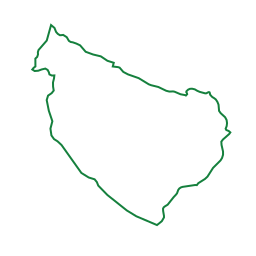 map outline of Guidimaka (Albers equal-area conic projection), rotated 277°
{"feature_id": "MRT-2790", "entity_name": "Guidimaka", "entity_type": "Region", "adm_level": 1, "iso_a3": "MRT", "parent_name": "Mauritania", "parent_adm1": "", "projection": "albers", "projection_center": [-12.01, 15.395], "detail": "fine", "context": "isolated", "style": "outline", "palette": "green", "viewbox_px": 256, "rotation_deg": 277, "n_neighbors": 0, "source": "natural_earth", "source_scale": "10m", "svg_char_len": 1787}
<svg xmlns="http://www.w3.org/2000/svg" viewBox="0 0 256 256"><g transform="rotate(277 128 128)"><path d="M43.6,174.6L39.6,172.9L35.2,168.6L41.4,147.0L46.0,136.9L59.0,115.7L67.2,105.5L70.5,103.7L73.0,101.1L74.1,95.0L77.7,87.2L103.0,64.1L106.2,59.7L108.0,55.9L111.3,52.9L117.9,51.1L125.5,52.1L135.5,47.3L145.8,43.9L150.4,44.7L153.3,48.0L156.1,49.7L159.9,48.6L164.0,48.0L168.1,48.5L171.2,48.5L170.8,46.0L171.6,43.5L173.6,42.7L175.8,41.2L176.9,38.7L175.6,35.2L173.9,31.9L173.2,28.4L174.4,25.9L176.2,27.0L177.8,28.6L185.6,27.6L187.5,29.2L190.1,29.7L192.3,29.3L194.5,29.7L204.9,36.7L220.8,39.1L218.4,42.8L214.6,44.9L212.9,46.8L211.8,49.1L212.1,50.9L212.5,52.3L210.7,56.1L207.3,58.7L206.4,60.6L206.3,62.8L205.5,66.5L204.2,70.4L198.5,76.7L196.7,84.4L195.8,92.3L192.2,99.4L191.0,105.9L187.2,105.4L187.2,110.7L186.9,112.3L183.1,116.5L181.2,121.5L178.8,132.5L173.9,143.3L173.3,145.7L172.4,153.1L169.6,161.4L169.2,164.6L169.4,166.0L169.8,168.2L169.7,169.8L167.9,176.0L167.6,180.7L167.3,181.5L168.8,182.6L169.8,182.2L170.6,181.5L171.5,181.5L173.3,182.9L174.4,184.6L174.8,186.8L174.5,189.6L173.4,192.1L172.6,194.8L171.8,200.4L171.9,201.3L172.4,202.1L173.4,203.5L173.4,204.5L172.6,205.0L171.5,205.3L170.9,205.6L170.4,206.3L169.6,207.1L168.9,208.1L168.3,209.5L167.1,211.6L164.9,213.5L162.2,215.0L156.1,216.3L154.0,218.2L150.5,223.1L147.9,224.9L144.9,225.7L141.9,225.7L139.2,225.0L138.0,225.8L137.3,228.3L136.1,230.1L134.4,229.2L128.1,223.6L125.8,222.3L122.6,222.9L116.2,225.2L113.0,225.6L109.7,225.0L107.1,223.8L98.8,217.3L89.4,212.8L86.8,210.6L81.8,204.5L79.7,203.3L79.6,201.6L76.2,189.3L75.5,187.8L74.2,186.3L72.6,185.4L69.1,184.6L67.5,183.6L64.9,181.7L56.7,176.7L54.8,174.3L53.6,173.1L52.2,172.6L49.9,173.0L45.2,174.4L43.7,174.6L43.6,174.6Z" fill="none" stroke="#15803d" stroke-width="2"/></g></svg>